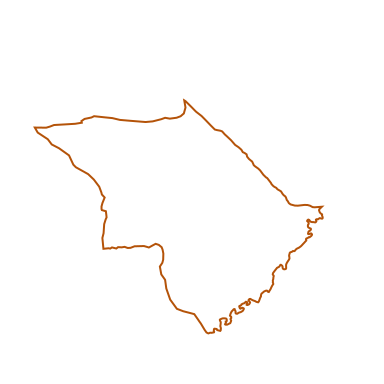 Tilisca, Sibiu, Romania (Robinson projection), rotated 150°
{"feature_id": "2599482B67392717014509", "entity_name": "Tilisca", "entity_type": "district", "adm_level": 2, "iso_a3": "ROU", "parent_name": "Romania", "parent_adm1": "Sibiu", "projection": "robinson", "projection_center": [23.731, 45.777], "detail": "fine", "context": "isolated", "style": "outline", "palette": "amber", "viewbox_px": 384, "rotation_deg": 150, "n_neighbors": 0, "source": "geoboundaries", "source_scale": "gbopen_adm2", "svg_char_len": 5596}
<svg xmlns="http://www.w3.org/2000/svg" viewBox="0 0 384 384"><g transform="rotate(150 192 192)"><path d="M248.6,61.4L247.7,61.2L246.7,61.1L245.6,60.4L245.4,60.2L244.3,59.9L244.2,59.8L243.1,59.5L242.7,59.9L242.7,60.4L242.2,61.4L241.8,61.8L241.6,62.2L241.1,62.4L240.7,62.3L239.9,61.6L239.2,61.1L239.1,60.6L239.2,60.2L239.2,59.8L238.4,59.0L237.6,58.2L237.0,57.6L236.4,57.8L235.9,58.4L235.2,59.4L234.8,60.5L234.7,61.3L234.3,62.0L233.7,62.7L232.9,63.8L232.3,64.7L232.1,65.4L232.1,66.0L232.1,66.6L231.8,67.4L231.4,67.6L230.3,67.5L228.8,67.3L227.8,66.8L226.5,66.0L225.8,65.4L225.6,64.9L225.7,64.2L226.0,63.5L226.6,62.8L227.0,62.6L227.4,62.8L227.6,62.9L228.0,62.2L228.1,61.7L228.6,61.3L229.1,61.2L229.5,61.0L229.5,60.7L229.2,60.3L228.4,59.8L227.7,59.5L225.4,59.4L224.5,59.3L224.2,59.5L223.4,60.1L222.7,60.7L222.4,61.0L222.3,61.3L222.3,61.9L222.3,62.4L222.1,62.7L221.8,63.1L221.1,63.2L220.7,63.8L220.5,64.3L220.6,64.8L220.9,65.4L220.9,66.0L220.3,66.5L219.6,67.2L218.8,67.8L217.4,68.7L216.0,69.1L215.4,69.3L214.6,69.6L213.9,69.5L213.6,69.1L213.9,68.4L213.9,67.6L213.9,66.9L214.3,66.3L214.7,65.6L214.8,65.1L214.6,64.6L213.9,64.1L213.4,63.9L212.5,64.1L211.3,64.0L210.3,63.7L209.8,63.6L208.4,63.6L207.1,63.8L205.6,64.8L205.4,65.2L205.8,66.0L206.4,66.6L207.2,66.7L208.3,66.7L208.7,67.3L208.6,67.8L208.4,68.2L208.5,68.9L208.2,69.4L207.8,69.6L207.1,69.4L206.7,69.3L206.2,69.4L205.8,69.5L205.4,69.9L204.3,69.9L203.3,69.8L202.2,69.5L201.4,69.8L200.2,70.0L199.8,69.6L199.3,69.0L199.8,68.2L200.7,67.6L201.1,67.0L200.8,66.6L200.2,66.3L199.3,66.3L198.6,66.2L197.4,66.9L197.0,67.2L196.9,68.3L197.1,69.4L197.2,70.0L196.8,70.3L195.7,70.6L195.3,70.4L194.9,70.2L193.7,68.1L191.8,65.8L191.2,64.7L190.5,64.0L189.9,63.4L189.5,63.5L188.8,63.8L187.1,65.2L186.1,66.1L184.5,67.1L184.1,67.8L183.2,68.8L182.6,69.2L180.9,69.5L179.3,69.8L177.4,69.6L176.5,69.2L176.2,68.6L176.2,67.9L176.0,67.5L175.5,67.0L175.0,67.2L174.7,67.5L172.7,68.5L170.9,69.8L169.7,70.6L168.2,71.4L167.7,71.6L167.5,72.0L167.3,72.5L167.3,73.1L166.8,73.8L166.3,74.9L165.4,75.8L165.0,76.1L164.7,76.7L163.8,77.8L163.3,78.3L163.1,78.8L163.2,79.3L163.3,79.8L163.3,80.2L163.0,80.6L162.4,81.2L161.9,81.5L159.3,82.6L158.0,83.1L156.3,83.8L154.6,83.7L153.9,83.7L153.3,83.9L152.8,84.2L152.5,84.4L152.1,84.6L151.8,84.7L151.4,84.5L151.2,84.1L150.8,83.1L150.8,82.3L151.1,81.7L151.4,81.1L151.6,80.2L151.3,79.6L150.9,79.0L150.0,78.6L149.1,78.5L148.5,79.0L148.0,80.0L147.6,80.7L147.0,81.8L145.9,82.8L144.0,83.9L142.1,84.8L141.6,85.1L140.9,85.6L140.5,86.4L140.1,87.2L139.9,88.1L139.4,88.7L138.9,89.3L138.3,89.8L137.9,90.3L137.1,90.6L136.5,90.5L135.7,90.3L134.9,90.3L134.0,90.4L133.4,89.9L133.1,89.7L132.5,89.6L130.8,90.3L130.0,90.4L129.1,90.5L127.4,90.3L126.4,90.4L125.2,90.5L123.9,90.8L122.0,91.4L120.0,92.0L117.9,92.7L117.4,92.8L117.1,93.1L117.0,93.6L116.9,94.1L116.4,94.5L115.7,94.5L114.8,94.3L114.0,94.4L113.6,94.5L113.1,94.3L112.8,94.0L112.3,94.1L111.5,94.2L110.7,94.3L110.1,94.6L109.5,94.9L109.3,95.2L109.3,95.9L109.4,96.4L109.8,96.7L110.5,96.7L111.2,96.9L111.9,97.1L112.4,97.7L112.3,98.0L111.7,98.6L110.9,99.4L110.0,99.6L109.4,99.5L108.8,99.6L108.4,99.7L107.5,100.4L107.5,101.0L107.8,101.4L108.3,102.0L109.0,103.3L108.7,104.6L107.9,105.6L107.0,106.0L106.5,106.7L106.4,107.9L106.6,108.7L106.8,109.3L106.4,109.7L105.5,110.0L105.0,109.9L104.6,109.4L104.4,108.9L104.4,108.2L104.3,107.5L104.1,107.0L103.5,106.3L102.9,105.8L102.2,105.4L101.7,105.1L101.3,104.7L100.9,104.4L100.6,104.1L100.2,104.0L99.6,104.1L98.9,104.5L98.7,105.1L98.7,105.8L98.5,106.1L97.9,106.1L97.4,106.0L97.1,105.7L96.6,105.4L96.2,105.5L95.5,105.5L94.4,105.5L93.5,104.6L92.9,104.0L92.4,103.8L92.1,103.9L91.5,104.7L91.4,105.0L91.3,105.7L91.2,106.4L91.2,106.6L90.9,107.0L90.6,107.4L90.6,107.9L91.0,108.4L91.4,109.7L91.5,111.0L91.3,111.7L91.1,112.7L90.4,113.4L87.7,114.1L86.9,114.3L91.7,116.6L93.4,117.4L95.1,118.6L96.7,121.2L98.5,123.0L101.1,124.6L107.1,127.2L109.7,128.8L112.8,131.9L113.6,133.7L113.7,134.5L113.6,135.9L113.9,137.7L113.4,140.1L113.4,141.5L114.2,143.4L114.5,145.1L114.6,148.0L115.5,149.7L116.4,151.2L116.8,152.3L116.9,153.4L118.1,155.3L118.7,156.8L119.2,159.1L119.1,160.4L119.9,166.4L120.6,167.7L121.6,171.3L122.2,176.6L122.9,179.1L124.6,182.8L125.1,184.4L124.9,185.9L124.7,188.2L126.0,191.7L126.2,192.4L126.6,195.1L125.9,197.3L127.0,199.6L128.1,201.1L128.1,203.9L129.3,207.5L131.1,211.2L132.3,217.3L133.9,222.7L134.8,225.5L135.6,229.4L136.7,230.8L139.4,233.1L141.0,234.7L142.5,240.3L144.2,247.2L145.7,253.0L148.3,259.4L148.8,261.2L149.8,265.2L152.2,273.9L152.9,275.2L155.4,268.4L159.8,264.1L164.0,263.3L168.2,264.0L174.5,266.6L178.2,269.7L182.2,270.4L190.7,272.8L197.2,275.8L210.1,284.7L218.4,290.5L224.0,295.8L230.4,300.4L236.7,305.0L238.9,306.6L241.8,306.8L248.5,309.0L252.3,308.7L252.8,307.1L259.1,309.5L262.5,311.2L268.5,314.2L278.0,319.0L282.4,319.7L286.1,320.6L295.9,326.4L295.9,320.6L293.2,315.2L290.5,309.8L289.7,303.3L285.3,296.4L280.2,285.2L281.1,275.0L280.2,271.5L273.0,259.4L270.8,251.9L269.7,243.0L270.7,237.0L271.3,234.9L270.5,231.4L270.4,230.9L275.1,227.2L277.6,224.7L278.9,222.4L279.1,221.4L276.2,218.4L277.7,214.9L278.7,212.7L280.4,211.5L284.1,208.1L289.2,200.5L292.6,197.0L297.1,187.1L292.4,185.0L291.1,183.9L289.0,184.0L285.8,180.9L283.6,181.2L280.5,179.2L277.8,178.2L275.7,175.7L273.2,174.4L268.9,173.7L260.6,169.2L257.9,166.4L257.1,165.5L252.3,165.4L249.4,165.3L247.2,162.8L245.9,159.4L246.3,156.8L247.6,153.0L250.8,147.8L253.1,145.5L257.1,143.5L259.8,136.0L259.2,129.4L262.5,121.3L264.7,109.7L263.5,98.4L259.2,93.1L253.8,87.8L251.1,85.1L250.8,81.6L250.5,78.2L250.4,76.6L250.1,73.6L250.0,66.3L249.7,63.1L248.6,61.4Z" fill="none" stroke="#b45309" stroke-width="2"/></g></svg>